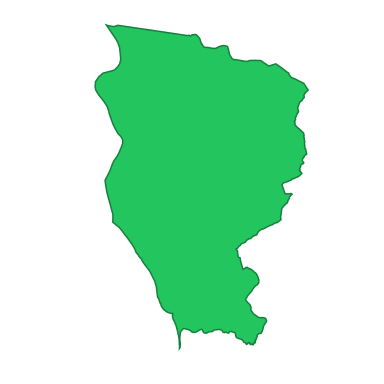 the district of Zambrano, Bolívar, Colombia, rotated 187°
{"feature_id": "7082276B24623397402700", "entity_name": "Zambrano", "entity_type": "district", "adm_level": 2, "iso_a3": "COL", "parent_name": "Colombia", "parent_adm1": "Bolívar", "projection": "natural_earth1", "projection_center": [-74.909, 9.762], "detail": "fine", "context": "isolated", "style": "filled", "palette": "green", "viewbox_px": 384, "rotation_deg": 187, "n_neighbors": 0, "source": "geoboundaries", "source_scale": "gbopen_adm2", "svg_char_len": 5848}
<svg xmlns="http://www.w3.org/2000/svg" viewBox="0 0 384 384"><g transform="rotate(187 192 192)"><path d="M297.3,347.3L290.5,339.4L286.3,334.7L283.6,330.8L281.5,326.5L280.1,320.7L278.9,314.8L279.4,310.5L280.9,307.4L283.7,303.7L286.3,302.5L294.9,299.1L298.5,295.0L301.2,289.8L301.0,284.5L299.8,281.2L295.9,276.4L293.6,274.3L289.9,270.5L286.4,266.2L284.7,262.6L283.6,259.6L280.4,253.1L278.9,250.1L277.3,247.5L272.6,241.0L269.4,238.4L267.3,235.8L267.0,234.3L266.7,231.6L267.7,227.6L269.4,221.7L270.6,218.4L273.1,213.9L274.2,210.9L276.1,203.1L278.2,197.0L279.6,193.5L279.6,192.2L276.5,181.5L267.7,159.9L266.9,152.3L260.1,148.1L256.4,144.7L254.5,142.5L252.2,140.3L248.6,136.5L244.3,131.8L241.4,127.8L240.5,125.7L240.1,125.3L239.6,124.7L237.9,123.3L237.7,123.0L237.0,121.9L235.3,120.2L233.9,119.4L233.6,118.3L232.3,116.9L232.3,116.6L228.9,113.0L224.3,108.3L218.1,98.9L215.9,93.8L213.3,83.4L212.0,81.9L210.1,77.8L209.6,77.6L209.4,77.5L209.0,76.1L208.6,75.1L207.4,73.6L206.2,72.3L205.0,71.4L202.1,69.8L198.3,68.9L197.5,68.9L196.4,69.1L196.2,68.4L196.2,67.6L196.3,67.4L196.2,66.0L195.6,64.4L194.8,62.8L193.9,61.6L192.8,59.7L191.6,57.6L189.0,51.1L188.4,49.1L187.6,47.1L186.7,43.5L185.5,36.9L185.4,35.2L185.0,36.0L185.0,39.1L185.1,40.0L185.5,41.7L185.8,42.5L186.3,45.1L186.4,46.6L186.4,51.0L186.0,52.2L185.1,53.8L184.0,55.1L183.5,55.4L182.3,55.5L181.0,55.2L178.1,54.8L176.8,54.4L176.3,53.9L174.8,52.9L172.8,52.8L171.3,53.3L170.9,53.6L169.3,54.6L168.0,55.8L167.5,56.1L167.1,56.3L165.7,56.8L165.2,56.6L164.7,56.2L164.1,55.0L163.0,53.7L162.5,53.6L160.8,53.6L160.5,53.9L159.8,54.1L158.6,55.0L158.2,55.2L156.3,55.7L155.3,55.8L154.0,56.7L153.8,57.2L153.3,57.8L150.6,58.3L148.3,58.9L145.7,58.5L144.9,57.8L144.3,57.0L143.9,56.5L143.6,56.4L142.8,56.3L142.5,56.5L142.3,56.9L142.1,56.9L140.5,56.8L138.8,56.3L138.4,56.5L137.6,57.9L136.9,58.3L136.4,58.3L132.9,57.8L132.3,57.5L131.7,56.7L131.2,55.1L130.9,54.2L130.0,52.9L129.8,52.8L127.1,52.1L125.2,51.9L124.6,51.6L123.1,50.3L122.1,49.1L120.5,48.9L119.4,47.4L119.0,47.7L118.7,47.8L118.6,48.2L118.3,48.2L118.2,48.8L117.9,48.8L117.8,49.2L117.0,49.7L116.4,49.3L116.3,49.1L115.9,48.9L116.1,48.3L115.9,48.2L115.4,48.3L115.1,47.9L114.9,47.7L114.6,47.9L113.9,48.1L113.6,48.5L112.8,47.7L112.7,47.7L112.6,47.9L112.7,48.4L112.2,48.9L111.9,49.4L111.9,50.1L111.8,50.3L111.6,50.4L111.3,49.8L111.0,50.0L110.8,50.9L110.8,51.6L111.2,51.9L111.2,52.1L110.9,52.5L110.8,53.1L110.5,53.3L110.5,53.7L110.3,53.8L110.1,55.4L109.7,56.3L109.8,57.5L109.7,58.0L109.6,58.3L108.5,59.4L106.2,60.2L105.4,62.2L105.0,64.1L104.7,66.9L104.3,68.4L103.5,70.2L102.3,72.4L102.3,73.1L103.3,75.2L103.6,75.5L104.2,75.8L106.4,76.0L107.6,75.7L109.4,75.6L110.8,75.6L111.2,75.8L111.7,76.0L112.3,76.6L115.7,78.3L116.9,79.3L117.3,80.0L117.9,80.5L118.6,81.4L119.1,82.0L119.2,82.4L119.3,84.6L119.8,85.8L120.4,86.8L121.0,87.4L123.8,89.6L125.0,90.7L125.6,91.5L125.6,92.2L125.5,93.0L124.7,94.1L124.3,95.4L123.6,96.6L122.3,98.5L120.7,100.9L119.4,103.8L117.3,106.9L116.7,107.4L116.1,107.6L115.5,108.7L114.8,109.6L114.7,110.4L114.8,112.0L114.9,112.8L116.1,115.4L116.6,116.4L117.2,117.2L117.6,118.0L118.0,118.4L119.1,119.4L120.3,120.0L121.2,120.6L121.8,121.2L124.1,122.6L126.0,123.0L126.4,122.9L127.8,123.9L128.4,124.0L129.2,123.5L129.7,123.2L130.2,122.6L132.0,121.4L133.0,123.8L135.5,129.8L135.8,130.7L136.0,131.9L136.1,132.3L136.7,132.7L137.8,132.8L138.2,133.3L138.6,134.1L138.8,135.4L139.7,139.0L140.9,140.4L141.3,140.9L140.6,141.2L139.8,142.0L139.3,143.0L139.0,143.6L137.4,145.1L136.9,146.4L136.7,146.6L134.4,147.8L132.8,148.9L132.2,150.3L132.0,150.7L130.6,151.7L130.0,152.6L129.8,152.7L129.1,152.6L128.2,152.8L127.8,153.3L127.4,154.1L125.4,156.0L124.9,156.3L123.3,156.9L122.7,157.3L122.3,158.0L122.0,158.7L121.4,160.6L120.2,162.0L119.3,162.8L118.6,163.3L116.6,164.1L115.5,164.8L114.8,165.4L112.3,167.1L110.2,168.5L107.9,169.5L106.4,171.0L105.7,171.4L104.2,171.8L103.7,172.1L103.1,172.6L100.3,175.3L101.1,178.1L100.8,181.6L100.9,182.4L100.8,184.0L100.9,185.7L100.8,186.7L99.4,189.0L97.2,191.8L96.0,192.9L95.9,193.3L95.9,194.0L95.8,194.6L94.9,197.0L94.6,198.7L93.8,200.3L92.4,202.0L93.4,202.6L95.4,202.0L97.3,201.7L99.1,201.7L99.4,201.6L103.6,210.2L102.8,211.5L102.5,212.1L100.4,213.0L95.1,215.9L93.6,217.5L92.4,217.8L90.7,219.0L88.4,220.2L87.3,221.2L85.2,223.9L86.8,225.5L87.5,225.7L88.1,226.8L87.5,227.2L88.0,227.7L88.0,228.3L88.0,228.7L87.7,228.9L87.4,230.0L87.2,230.6L87.4,231.0L87.4,231.8L86.0,233.2L85.6,233.3L84.9,233.9L84.7,234.4L84.7,234.9L85.5,235.5L86.1,236.3L86.5,237.3L86.4,237.7L86.0,238.8L85.3,240.0L84.9,241.4L84.1,242.4L82.8,243.6L84.6,248.9L84.8,249.1L85.1,249.2L85.3,249.4L85.7,251.2L85.7,251.7L86.0,252.8L86.3,253.3L86.2,254.3L86.3,255.7L86.4,256.3L87.1,257.9L87.3,259.6L87.9,261.0L87.9,261.3L87.6,261.7L88.4,263.9L88.7,264.3L90.7,265.8L90.8,266.0L91.7,266.4L92.6,267.2L93.2,267.5L93.4,267.9L94.5,268.4L95.7,269.1L96.3,269.9L97.1,270.3L97.2,270.7L98.0,271.2L98.2,272.4L98.1,273.0L98.2,273.3L98.6,274.3L99.0,274.5L98.5,275.2L98.1,276.5L98.4,278.0L97.0,283.0L96.2,283.9L96.1,285.0L97.1,287.3L97.4,288.6L95.9,294.4L94.1,296.1L92.9,298.7L92.1,299.4L92.8,301.8L91.4,304.5L89.1,307.3L94.3,313.4L97.1,314.5L99.4,315.2L101.6,316.1L104.6,317.1L107.1,317.6L108.7,319.0L109.8,320.4L110.6,321.9L112.5,322.7L116.2,325.0L119.0,326.6L124.4,329.4L131.1,326.4L136.9,329.3L138.5,330.3L140.2,330.8L144.9,330.4L150.7,329.6L152.7,328.5L154.9,328.2L165.0,328.7L166.5,328.4L168.8,329.6L171.4,333.0L173.8,339.4L174.7,340.9L178.7,341.2L182.8,339.7L184.3,338.4L186.5,337.3L189.3,337.1L193.3,337.4L195.7,337.2L197.7,337.2L200.9,340.8L202.0,343.0L202.6,344.5L203.6,345.9L205.7,347.7L207.3,348.8L207.8,348.6L208.5,348.7L209.2,348.4L210.9,348.1L211.3,347.9L211.9,347.1L212.2,346.8L212.8,346.7L213.8,347.2L214.2,347.2L215.6,346.7L286.0,348.4L287.3,347.6L288.5,347.2L289.5,346.7L293.1,346.7L294.3,346.9L295.5,346.9L297.3,347.3Z" fill="#22c55e" stroke="#15803d" stroke-width="1.5"/></g></svg>